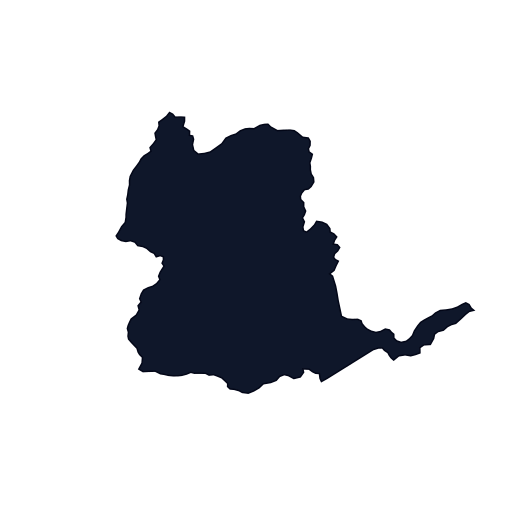 Corupá, Santa Catarina, Brazil (Equal Earth projection), rotated 59°
{"feature_id": "56859067B90375091770903", "entity_name": "Corupá", "entity_type": "district", "adm_level": 2, "iso_a3": "BRA", "parent_name": "Brazil", "parent_adm1": "Santa Catarina", "projection": "equal_earth", "projection_center": [-49.314, -26.428], "detail": "fine", "context": "isolated", "style": "filled", "palette": "ink", "viewbox_px": 512, "rotation_deg": 59, "n_neighbors": 0, "source": "geoboundaries", "source_scale": "gbopen_adm2", "svg_char_len": 3457}
<svg xmlns="http://www.w3.org/2000/svg" viewBox="0 0 512 512"><g transform="rotate(59 256 256)"><path d="M292.6,414.7L296.9,412.4L299.4,407.7L302.8,401.7L307.8,398.5L310.0,395.8L313.2,392.5L316.0,388.7L318.4,384.6L320.0,381.2L321.4,376.4L322.1,371.8L324.8,369.1L327.6,364.3L330.6,359.6L333.9,357.6L335.9,353.4L339.0,350.9L342.8,348.1L347.6,346.7L350.7,345.9L353.3,347.6L356.6,346.7L359.1,343.3L362.8,339.8L365.9,338.0L369.6,333.3L370.5,327.4L370.6,321.3L369.3,315.5L372.0,308.6L373.0,302.7L371.4,297.8L372.2,292.9L375.2,289.8L380.5,286.7L382.5,280.3L380.2,275.1L376.9,274.0L380.3,268.8L384.2,267.2L387.2,265.3L389.4,262.2L394.0,264.2L397.3,264.6L397.5,258.1L396.6,203.8L397.9,198.5L399.9,195.0L403.0,194.5L406.8,192.7L409.9,192.9L412.9,192.6L416.1,191.6L415.1,185.1L417.5,179.1L421.2,174.8L422.6,170.0L423.5,165.4L419.0,162.8L418.6,157.9L421.6,152.1L418.2,146.2L415.0,143.3L414.5,139.0L416.1,133.6L415.1,128.2L415.4,123.9L416.6,119.5L415.3,112.7L413.9,106.4L413.3,101.8L414.7,97.3L411.6,98.4L407.3,98.4L404.2,100.3L403.7,104.1L403.6,109.5L402.5,115.0L400.3,120.6L397.6,126.1L397.3,131.5L398.1,135.7L397.8,140.1L397.6,144.9L397.7,149.1L399.2,153.3L401.8,158.8L404.8,162.8L406.0,166.9L406.5,171.1L404.8,176.1L401.1,179.2L397.3,180.1L394.0,178.2L391.2,179.2L388.1,179.7L385.2,182.8L384.9,188.1L383.3,192.6L379.7,196.1L375.7,198.5L372.7,199.4L368.5,200.0L365.7,199.3L362.7,201.4L360.0,206.2L357.1,210.2L351.7,213.8L336.6,208.6L329.6,205.8L322.8,203.3L312.7,200.8L309.2,202.1L308.5,196.5L305.4,192.2L302.8,188.1L299.9,189.9L297.0,190.2L294.5,187.4L293.7,183.4L291.8,179.9L288.2,180.5L285.6,183.7L282.9,180.5L281.2,177.0L277.1,177.9L273.6,180.1L270.6,178.6L265.3,179.1L261.0,182.0L257.5,186.2L259.5,189.8L261.0,195.4L261.6,200.4L258.8,202.3L255.2,200.9L251.6,196.9L247.2,196.6L245.5,193.3L243.0,190.3L238.4,189.8L234.8,187.6L230.6,188.6L227.6,187.2L225.6,184.5L224.1,180.3L225.5,176.7L224.8,173.0L222.3,168.3L218.4,166.4L214.2,166.5L210.0,165.0L207.3,163.3L203.8,161.9L200.6,158.1L197.8,155.3L194.1,156.9L191.0,155.8L189.0,152.7L185.5,150.5L181.8,150.4L178.2,154.9L171.7,157.1L168.3,158.7L165.7,161.9L162.3,167.9L159.6,173.1L155.8,175.3L152.9,177.0L149.2,177.9L147.5,181.1L146.1,185.3L145.9,192.1L143.3,196.0L141.5,199.8L140.6,205.0L141.2,210.2L140.0,215.3L139.5,221.1L142.2,227.4L142.8,234.6L143.3,241.6L141.6,247.3L138.9,253.1L133.5,255.0L127.8,253.1L123.8,249.4L120.5,248.5L118.3,250.9L114.8,248.6L111.6,250.0L107.5,252.1L103.6,247.8L100.3,245.8L98.1,249.0L95.4,253.8L91.5,254.4L88.5,256.2L90.2,260.7L90.9,266.5L91.2,270.4L94.6,272.0L97.1,275.3L98.7,279.3L101.5,280.4L105.0,281.6L107.0,286.2L108.5,291.0L112.1,292.0L112.5,295.9L112.5,300.3L113.6,304.4L115.5,307.5L117.4,311.9L119.4,317.0L123.0,322.8L126.2,325.6L130.0,327.8L133.6,331.4L137.5,334.4L140.8,337.5L144.4,338.9L149.5,342.9L153.4,345.9L156.0,347.5L159.9,350.8L161.7,356.1L164.9,361.5L166.8,365.5L169.9,365.5L173.4,363.5L176.5,360.1L178.2,355.7L181.8,352.6L186.2,352.0L189.6,348.1L193.1,345.7L197.9,344.2L201.3,341.9L205.3,341.9L206.3,337.9L208.9,335.8L211.6,337.3L213.8,340.2L217.3,340.0L218.9,343.2L220.6,346.5L223.2,349.9L226.8,350.5L228.5,355.3L228.8,360.1L227.7,364.7L227.3,369.9L229.3,373.7L232.7,377.7L236.3,378.1L237.9,382.7L242.1,383.9L245.0,389.0L245.7,395.4L247.7,398.5L249.7,401.3L251.9,403.6L255.6,404.6L258.8,407.0L261.6,408.0L265.8,407.3L269.9,406.4L273.8,405.5L277.6,406.5L280.5,406.5L284.4,405.5L289.1,408.8L292.6,414.7Z" fill="#0f172a" stroke="#020617" stroke-width="1.5"/></g></svg>